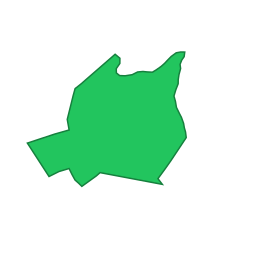 Lagoa de Dentro, Paraíba, Brazil (Mercator projection), rotated 231°
{"feature_id": "56859067B25189645014344", "entity_name": "Lagoa de Dentro", "entity_type": "district", "adm_level": 2, "iso_a3": "BRA", "parent_name": "Brazil", "parent_adm1": "Paraíba", "projection": "mercator", "projection_center": [-35.358, -6.683], "detail": "fine", "context": "isolated", "style": "filled", "palette": "green", "viewbox_px": 256, "rotation_deg": 231, "n_neighbors": 0, "source": "geoboundaries", "source_scale": "gbopen_adm2", "svg_char_len": 856}
<svg xmlns="http://www.w3.org/2000/svg" viewBox="0 0 256 256"><g transform="rotate(231 128 128)"><path d="M62.6,119.2L69.8,119.4L72.8,130.8L75.6,140.7L83.9,167.2L88.7,170.2L92.7,171.9L96.6,174.1L102.6,176.2L107.0,177.1L113.5,178.6L118.8,181.6L123.9,183.8L127.6,189.2L130.8,194.8L134.0,197.5L137.4,201.2L141.1,206.3L144.7,208.5L147.0,212.6L148.1,216.5L151.3,219.9L153.9,216.8L156.1,212.8L156.4,206.6L155.8,201.4L155.2,197.1L155.0,192.6L155.4,186.6L156.0,182.1L159.7,178.0L162.5,175.2L165.5,170.7L166.8,164.8L170.4,158.6L174.0,154.5L178.1,153.6L181.5,156.2L183.3,162.3L187.3,165.6L193.4,164.4L191.8,118.7L191.9,111.7L187.7,105.8L172.9,86.2L163.5,81.0L166.5,74.0L169.5,67.0L179.6,40.3L140.0,36.1L137.6,47.0L133.6,56.7L127.0,55.2L120.9,54.1L116.1,54.9L111.7,55.4L110.7,73.2L110.9,78.2L62.6,119.2Z" fill="#22c55e" stroke="#15803d" stroke-width="1.5"/></g></svg>